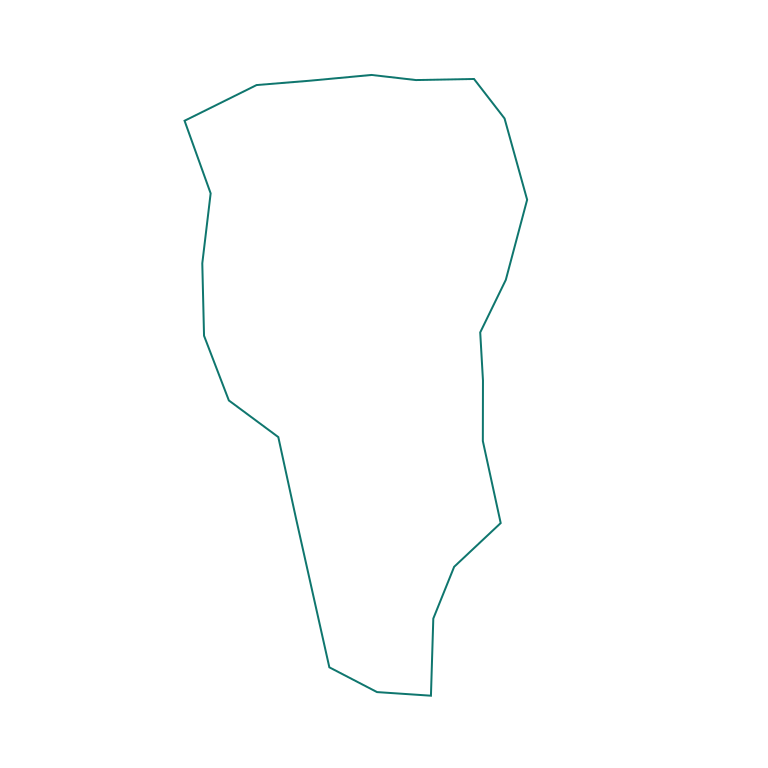 the border of Attard, rotated 81°
{"feature_id": "MLT-5920", "entity_name": "Attard", "entity_type": "state/province", "adm_level": 1, "iso_a3": "MLT", "parent_name": "Malta", "parent_adm1": "", "projection": "robinson", "projection_center": [14.431, 35.889], "detail": "fine", "context": "isolated", "style": "outline", "palette": "teal", "viewbox_px": 768, "rotation_deg": 81, "n_neighbors": 0, "source": "natural_earth", "source_scale": "10m", "svg_char_len": 459}
<svg xmlns="http://www.w3.org/2000/svg" viewBox="0 0 768 768"><g transform="rotate(81 384 384)"><path d="M224.4,213.8L300.2,247.4L348.1,280.9L396.0,285.7L455.8,295.3L539.6,290.5L575.5,343.3L623.4,372.0L699.2,386.4L687.2,439.1L655.3,482.3L503.7,491.9L419.9,496.7L376.0,539.8L308.2,554.2L236.4,544.6L168.6,525.4L92.8,539.8L68.8,463.1L72.8,410.4L76.8,348.0L88.8,304.9L96.8,247.4L140.6,223.4L224.4,213.8Z" fill="none" stroke="#0f766e" stroke-width="2"/></g></svg>